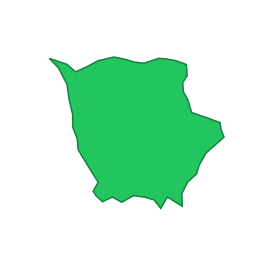 Akaki, Nicosia, Cyprus, rotated 106°
{"feature_id": "46923920B34645975102782", "entity_name": "Akaki", "entity_type": "district", "adm_level": 2, "iso_a3": "CYP", "parent_name": "Cyprus", "parent_adm1": "Nicosia", "projection": "orthographic", "projection_center": [33.13, 35.134], "detail": "fine", "context": "isolated", "style": "filled", "palette": "green", "viewbox_px": 256, "rotation_deg": 106, "n_neighbors": 0, "source": "geoboundaries", "source_scale": "gbopen_adm2", "svg_char_len": 716}
<svg xmlns="http://www.w3.org/2000/svg" viewBox="0 0 256 256"><g transform="rotate(106 128 128)"><path d="M97.5,40.9L96.4,55.0L95.6,71.1L84.4,78.3L78.0,84.7L69.3,87.9L61.3,85.5L50.9,89.5L50.1,100.8L50.9,108.8L52.5,117.6L61.3,130.5L62.9,140.1L62.8,149.7L63.6,161.0L71.6,175.4L80.4,184.3L88.4,193.9L83.6,204.4L82.8,222.8L89.2,211.6L102.8,198.7L117.2,192.3L130.0,185.1L142.8,181.1L152.4,173.8L162.8,169.8L172.4,159.4L180.4,150.6L188.3,141.7L198.4,144.1L201.9,140.1L205.9,132.1L198.7,124.1L201.1,113.6L191.5,104.0L189.9,92.7L189.9,83.1L196.3,74.3L183.5,71.1L188.3,54.2L176.3,58.2L163.6,55.8L153.2,49.4L144.4,49.4L130.8,46.2L110.2,33.2L103.6,38.3L97.5,40.9Z" fill="#22c55e" stroke="#15803d" stroke-width="1.5"/></g></svg>